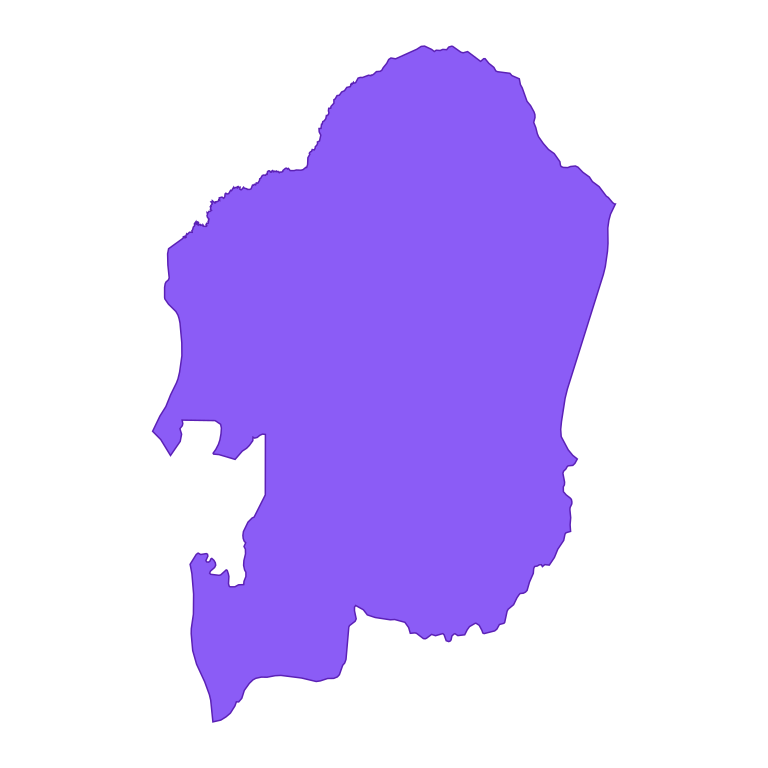 outline of Chetr Borei, Krâchéh, Cambodia
{"feature_id": "14789045B88905029320909", "entity_name": "Chetr Borei", "entity_type": "district", "adm_level": 2, "iso_a3": "KHM", "parent_name": "Cambodia", "parent_adm1": "Krâchéh", "projection": "equal_earth", "projection_center": [106.168, 12.563], "detail": "fine", "context": "isolated", "style": "filled", "palette": "violet", "viewbox_px": 768, "rotation_deg": 0, "n_neighbors": 0, "source": "geoboundaries", "source_scale": "gbopen_adm2", "svg_char_len": 6075}
<svg xmlns="http://www.w3.org/2000/svg" viewBox="0 0 768 768"><path d="M339.4,674.7L342.7,665.3L344.7,663.0L346.0,659.4L348.8,627.1L349.5,625.6L355.1,621.3L356.2,618.9L354.5,610.8L354.5,607.1L355.7,605.5L363.4,609.8L367.3,614.9L375.2,617.5L390.3,619.8L394.7,619.5L404.9,622.3L408.6,627.5L410.3,633.3L414.9,632.9L416.5,633.3L423.4,638.6L425.2,638.8L426.6,638.2L431.6,634.4L435.5,635.7L442.8,633.6L444.1,634.8L446.2,640.7L448.8,641.6L450.4,640.9L451.1,639.8L451.9,636.0L453.9,634.1L455.0,633.7L457.8,635.6L464.7,634.8L467.2,629.8L469.5,626.6L475.2,623.3L476.1,623.3L479.2,625.3L482.0,630.6L482.8,633.0L484.1,633.6L494.7,630.9L496.9,629.1L499.4,624.5L503.9,623.3L504.7,622.4L507.1,611.2L508.2,609.2L513.6,604.7L517.0,597.7L518.9,594.9L520.1,593.5L523.4,593.2L525.5,592.1L527.1,590.4L529.5,582.0L533.3,573.4L533.7,568.5L534.6,566.5L537.4,566.0L539.3,564.8L541.4,564.7L542.4,566.6L544.8,564.6L549.3,565.1L554.4,557.5L557.8,549.2L563.7,540.4L565.0,534.1L566.1,532.7L570.6,531.4L570.1,524.8L570.7,517.7L569.9,509.7L570.1,507.5L571.8,503.9L571.9,501.9L571.4,499.4L570.3,498.1L566.2,494.9L563.4,491.7L563.3,486.9L564.4,484.9L564.6,482.2L562.9,473.2L563.6,471.2L565.8,469.1L567.3,466.5L568.3,465.8L572.8,465.4L574.9,463.4L577.3,459.0L572.7,455.3L568.2,449.8L561.2,436.6L560.7,429.4L561.5,421.5L565.1,398.3L567.4,389.0L603.4,274.4L605.3,266.6L607.5,251.2L608.0,243.4L607.8,228.0L608.9,220.2L610.5,214.2L615.4,204.0L614.3,203.9L612.6,202.6L608.3,197.5L606.3,196.2L599.1,186.6L592.4,181.6L589.4,177.0L582.9,172.3L578.0,167.2L575.4,166.0L570.5,166.5L567.8,167.6L563.2,167.4L561.1,166.5L560.4,165.0L559.9,161.7L554.2,153.6L548.5,149.5L543.3,143.5L538.6,136.8L537.3,133.7L535.8,127.6L533.7,122.4L535.0,117.5L534.9,114.6L534.0,111.9L530.6,105.7L527.0,101.3L522.2,87.8L520.4,84.6L519.3,78.8L511.9,75.6L509.9,73.3L497.5,71.7L495.8,70.9L493.9,67.4L488.9,63.4L485.1,58.7L483.7,58.7L480.6,61.4L467.6,51.6L463.1,52.8L460.9,52.2L452.7,46.4L451.6,46.2L448.7,47.1L446.7,49.7L442.8,49.4L440.2,50.5L436.2,50.2L434.3,51.5L431.6,49.4L424.6,46.1L421.2,46.4L416.7,49.3L395.6,58.8L390.9,58.0L388.7,59.5L386.7,63.4L383.2,67.7L381.9,70.1L380.3,71.3L376.4,71.6L373.9,74.0L372.3,75.1L371.3,75.0L370.9,75.7L368.6,75.2L362.5,77.5L360.3,77.4L358.1,78.1L355.6,82.7L353.7,83.2L353.4,82.3L351.9,84.3L351.5,83.6L350.8,84.3L350.4,86.6L346.8,87.4L344.5,90.7L341.6,92.0L339.4,95.2L337.0,95.6L335.2,98.9L333.9,99.7L333.9,103.2L331.0,106.4L330.7,108.2L328.7,108.3L328.4,110.9L328.9,112.7L328.4,114.4L327.2,115.6L326.4,115.5L325.8,118.7L324.2,120.8L322.8,121.6L322.2,124.0L321.5,124.2L321.0,128.4L319.0,128.5L319.2,131.9L320.8,135.1L319.5,141.0L317.4,142.0L317.6,143.4L316.8,145.2L315.3,146.7L315.1,148.4L314.2,149.9L312.2,149.5L311.5,151.4L310.5,151.7L309.3,153.2L309.8,154.3L307.9,157.7L307.6,164.6L306.6,167.5L305.9,167.3L303.1,169.6L301.0,170.2L296.3,170.0L294.1,170.6L290.2,170.6L288.4,168.4L287.5,169.0L286.6,168.2L285.5,168.3L282.9,170.5L282.8,171.5L281.1,172.2L280.0,172.0L279.2,172.7L278.0,171.4L276.9,171.8L276.3,171.0L275.3,171.6L274.4,171.2L273.8,171.8L272.7,170.5L271.6,171.2L271.6,172.1L270.6,172.2L269.6,170.9L268.4,170.9L267.5,171.7L267.1,174.3L266.4,174.1L265.5,175.3L263.8,175.0L262.3,175.5L260.6,178.4L259.7,178.8L259.5,180.5L257.8,183.2L256.3,182.9L255.6,184.8L254.3,184.3L253.4,185.3L252.5,185.1L251.1,188.8L249.9,189.4L247.3,189.4L246.9,188.8L244.2,188.1L243.6,187.2L241.5,189.7L240.6,189.7L239.8,189.0L240.1,187.2L238.7,187.4L238.2,186.5L237.5,186.7L237.2,187.9L236.2,187.3L234.1,188.2L233.7,187.2L231.5,190.7L230.6,190.3L228.7,193.6L226.9,194.0L225.9,193.2L225.1,193.9L224.8,196.8L223.7,198.3L222.0,197.1L219.3,197.8L219.6,200.3L218.7,199.8L218.6,200.7L217.6,201.5L215.5,201.8L215.6,202.7L214.9,203.0L212.3,200.7L212.2,201.8L211.0,201.9L212.3,203.8L210.8,205.6L211.1,206.5L210.3,206.8L210.8,208.1L210.4,209.4L211.5,210.3L210.1,211.4L209.0,211.3L208.0,212.9L207.1,212.5L207.5,214.4L207.0,215.7L207.5,217.4L209.0,219.1L208.4,220.0L208.7,220.9L208.1,221.4L208.4,222.9L207.8,223.5L206.7,223.3L206.0,224.8L206.8,225.8L206.1,226.4L203.8,226.3L202.9,224.8L202.6,225.7L201.4,225.0L200.7,225.3L200.4,224.5L198.8,225.0L198.5,222.5L197.7,221.9L197.0,221.9L197.3,224.1L196.7,223.4L196.3,224.1L195.6,223.8L195.7,222.0L194.4,223.7L194.6,225.7L193.3,227.1L192.6,229.8L191.9,230.6L192.2,232.3L189.5,232.2L187.3,234.4L186.7,233.8L185.9,235.9L186.1,237.3L185.1,237.8L184.7,236.3L183.3,236.8L183.4,237.7L182.3,238.8L168.6,248.7L167.6,253.8L167.9,265.2L169.2,277.9L168.4,279.9L166.0,282.0L165.2,283.7L164.6,287.4L164.6,297.5L164.9,299.0L168.5,304.2L175.9,311.5L178.0,315.2L179.1,318.7L180.0,323.0L181.8,342.9L181.9,355.8L179.6,372.1L178.0,378.8L176.5,382.8L170.7,394.6L165.9,406.5L159.9,416.1L152.6,431.3L160.7,439.5L170.5,455.5L180.2,441.4L181.6,434.2L179.9,428.7L182.3,425.7L182.8,423.6L182.1,420.1L215.1,420.6L220.6,424.3L221.4,428.0L221.0,433.8L219.9,439.9L218.4,444.4L215.8,449.4L213.1,453.2L213.6,454.1L219.0,454.6L235.1,459.4L242.3,451.1L246.7,448.2L249.4,445.4L252.8,440.7L253.0,437.2L254.6,438.1L257.3,437.4L259.8,435.3L262.5,434.1L265.4,434.4L265.3,494.9L254.1,517.1L252.1,518.0L248.0,522.1L243.4,531.6L242.9,535.4L243.2,538.5L244.2,541.2L245.7,542.8L244.0,546.5L245.4,549.2L245.5,553.9L243.9,560.6L243.6,565.3L244.6,569.9L245.9,572.3L245.9,576.5L244.0,581.3L243.7,584.6L238.5,584.8L234.9,586.8L230.0,586.8L229.1,586.0L228.5,583.7L228.9,576.5L228.3,573.7L227.2,570.4L226.2,569.9L220.7,574.9L219.0,575.3L210.7,574.3L209.6,573.2L210.5,571.1L214.6,567.5L215.7,565.2L215.3,562.7L213.9,560.3L211.8,558.4L210.9,558.9L209.9,561.2L208.4,562.2L206.7,561.9L205.9,560.6L207.9,556.1L207.5,554.2L206.3,553.6L200.7,554.5L198.1,553.1L197.2,553.7L196.2,554.5L190.1,564.3L191.9,573.6L193.6,594.1L193.4,614.2L191.3,628.6L191.2,633.7L192.7,650.6L196.6,664.3L204.7,681.8L209.4,694.7L210.7,700.2L212.9,721.9L220.8,720.1L226.1,716.8L230.4,713.1L234.9,706.0L236.4,701.8L238.7,701.9L241.8,698.3L244.3,690.4L249.3,683.4L252.9,679.9L255.8,678.3L261.4,677.1L267.1,677.2L275.1,675.7L280.9,675.4L301.5,678.0L316.2,681.5L320.3,680.9L327.6,678.5L333.7,678.4L337.4,676.9L339.4,674.7Z" fill="#8b5cf6" stroke="#5b21b6" stroke-width="1.5"/></svg>